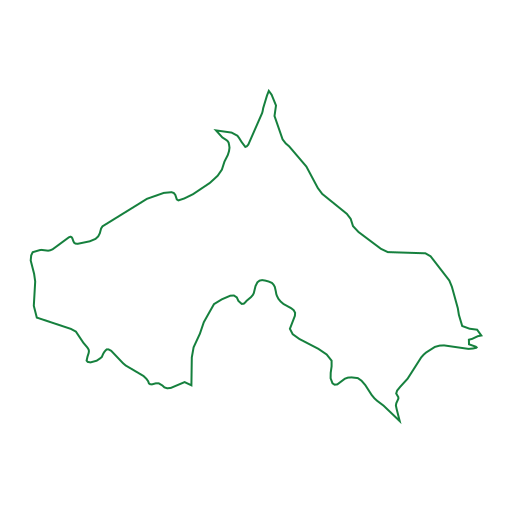 the County of Koprivničko-Križevačka
{"feature_id": "HRV-1608", "entity_name": "Koprivničko-Križevačka", "entity_type": "County", "adm_level": 1, "iso_a3": "HRV", "parent_name": "Croatia", "parent_adm1": "", "projection": "albers", "projection_center": [16.81, 46.118], "detail": "fine", "context": "isolated", "style": "outline", "palette": "green", "viewbox_px": 512, "rotation_deg": 0, "n_neighbors": 0, "source": "natural_earth", "source_scale": "10m", "svg_char_len": 2583}
<svg xmlns="http://www.w3.org/2000/svg" viewBox="0 0 512 512"><path d="M278.0,126.1L282.6,139.4L285.7,143.4L289.1,146.3L306.4,166.6L317.8,188.0L322.2,193.9L346.9,213.9L350.7,218.9L353.0,226.1L358.5,232.0L380.9,248.8L387.8,252.1L425.4,253.3L430.6,256.3L449.3,280.5L451.9,286.8L457.8,308.2L458.9,314.9L462.2,326.0L469.5,328.7L477.1,329.7L481.3,335.5L477.8,336.2L472.1,338.9L468.9,339.7L469.0,344.3L475.8,346.7L476.6,347.4L476.2,347.8L473.0,348.5L468.5,348.9L444.1,345.4L439.7,345.6L434.9,346.9L426.1,352.5L423.7,354.6L421.2,357.4L407.6,378.7L400.2,386.8L397.1,390.6L396.2,393.5L398.3,397.1L398.4,398.6L396.3,403.2L395.9,405.5L396.6,408.9L399.7,421.1L383.5,405.6L377.0,400.7L374.4,398.3L371.6,394.9L365.3,385.1L361.5,380.7L357.8,378.1L351.6,377.4L348.0,377.6L344.9,378.7L337.3,384.4L334.6,384.7L332.5,383.3L330.6,378.3L330.7,372.8L331.6,366.3L331.6,360.7L326.7,354.5L318.3,348.8L299.4,339.0L292.7,334.2L289.9,328.8L294.9,315.8L295.1,312.8L293.7,310.2L291.3,308.3L283.5,304.0L280.6,301.5L278.4,298.8L276.9,295.8L276.3,294.1L275.8,291.3L274.8,286.9L273.5,284.6L271.9,282.9L268.6,281.5L265.3,280.6L262.2,280.1L259.6,280.6L257.4,282.3L255.5,286.1L253.8,293.1L252.9,294.9L251.0,297.1L246.6,300.8L245.3,302.3L243.8,303.7L241.7,303.9L238.4,300.9L236.8,297.4L233.9,295.5L230.3,295.7L221.9,299.3L214.0,304.1L209.3,312.4L203.8,322.2L199.9,333.7L193.6,347.3L191.8,357.4L191.4,385.3L184.6,382.1L170.9,387.9L167.3,388.3L164.4,387.4L162.4,385.5L158.7,383.3L155.9,383.3L151.9,384.4L150.1,384.2L148.9,383.4L148.2,381.3L146.4,378.8L143.5,376.0L125.7,365.5L123.0,363.2L111.2,350.8L108.5,349.4L106.7,349.4L105.5,350.5L104.2,352.1L103.2,353.8L101.8,357.0L100.1,358.4L96.7,360.7L90.5,362.4L87.7,361.9L86.6,360.6L87.5,356.6L88.6,353.2L88.9,351.6L88.8,350.1L88.1,348.6L87.1,347.2L83.3,342.7L75.9,331.6L70.9,328.9L36.8,317.6L33.8,305.8L35.2,281.5L34.1,273.8L30.7,260.5L31.2,255.4L32.7,252.2L39.8,250.1L41.5,249.9L48.1,250.7L50.2,250.3L52.6,249.3L68.9,237.3L70.6,236.7L71.6,237.2L72.3,238.2L73.4,241.3L74.2,242.8L75.5,243.6L77.7,243.8L89.8,241.3L95.5,238.9L98.2,236.4L99.8,233.3L101.1,228.5L102.5,226.3L147.0,198.8L163.8,192.9L171.5,192.2L173.8,193.0L175.3,194.9L176.8,199.4L178.4,200.4L184.2,198.5L193.0,194.2L210.0,182.8L217.7,175.7L221.9,169.6L224.5,161.5L227.8,155.0L229.0,151.2L229.5,147.7L229.1,144.9L228.6,142.6L227.7,141.2L226.6,140.2L222.3,137.4L216.0,130.4L231.6,132.6L237.4,135.7L239.1,138.0L241.6,142.0L245.3,146.9L246.8,146.3L248.3,144.6L262.1,113.1L262.6,111.3L263.2,108.1L267.0,95.5L268.8,90.9L271.6,94.7L276.0,105.5L274.5,116.0L278.0,126.1Z" fill="none" stroke="#15803d" stroke-width="2"/></svg>